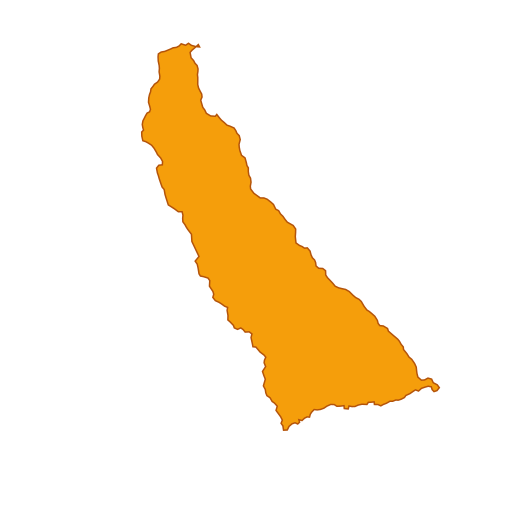 the district of Junqueirópolis, São Paulo, Brazil, rotated 141°
{"feature_id": "56859067B37779616182498", "entity_name": "Junqueirópolis", "entity_type": "district", "adm_level": 2, "iso_a3": "BRA", "parent_name": "Brazil", "parent_adm1": "São Paulo", "projection": "albers", "projection_center": [-51.444, -21.463], "detail": "fine", "context": "isolated", "style": "filled", "palette": "amber", "viewbox_px": 512, "rotation_deg": 141, "n_neighbors": 0, "source": "geoboundaries", "source_scale": "gbopen_adm2", "svg_char_len": 3954}
<svg xmlns="http://www.w3.org/2000/svg" viewBox="0 0 512 512"><g transform="rotate(141 256 256)"><path d="M170.8,456.4L173.6,460.3L174.6,463.8L178.1,464.1L180.6,468.0L183.5,467.6L186.5,468.2L189.5,470.0L192.1,470.6L194.8,471.4L198.1,472.4L201.4,474.2L204.7,474.5L206.7,472.5L209.3,469.0L211.4,464.9L213.1,462.5L215.4,460.1L217.6,456.2L219.6,454.1L223.0,453.1L226.8,453.4L229.5,452.6L232.4,452.0L234.7,449.9L237.0,448.6L239.9,446.3L242.8,443.1L244.4,439.2L245.7,436.4L248.0,435.0L250.7,435.6L253.4,434.6L256.5,433.2L258.8,432.2L261.6,429.8L263.1,427.1L264.2,424.6L266.8,424.3L269.3,421.0L271.4,416.8L269.7,414.2L268.6,411.5L267.4,407.8L267.4,403.9L268.1,399.3L268.7,396.8L268.4,392.2L269.1,388.3L271.4,385.8L274.4,387.7L278.0,386.9L280.3,382.7L281.3,379.9L282.6,376.9L284.6,371.5L285.6,368.6L285.5,365.5L287.9,361.2L289.2,358.1L292.0,350.9L289.7,344.0L288.5,339.3L285.6,336.9L287.1,333.7L289.4,331.3L291.3,328.6L291.5,325.0L292.0,322.3L292.3,319.6L292.5,313.5L296.7,307.6L300.6,291.5L306.5,290.3L306.8,286.7L308.4,283.4L311.5,278.0L311.8,275.4L309.8,273.0L307.2,269.1L307.4,266.0L311.2,261.8L311.8,255.5L312.9,252.9L315.6,251.0L315.7,246.9L313.9,243.3L312.9,240.3L312.0,236.8L310.4,233.9L312.7,231.9L315.2,227.4L318.1,224.0L317.6,221.0L317.2,216.3L318.1,213.8L316.5,210.6L313.1,209.7L312.3,206.9L312.3,203.7L309.0,201.3L308.2,198.0L311.2,195.7L314.3,189.6L315.5,187.4L313.4,185.3L313.3,181.5L313.3,178.9L312.1,174.0L312.1,171.2L315.0,169.7L316.9,167.9L318.1,164.0L320.8,163.1L323.6,162.2L325.1,158.2L326.3,154.4L332.0,150.4L332.8,146.4L334.5,143.5L335.4,140.6L334.3,137.0L335.0,132.8L334.2,130.1L334.0,125.9L337.6,123.4L338.0,115.6L338.8,111.9L341.8,110.2L342.0,107.1L344.2,103.3L341.2,101.1L337.5,102.8L333.6,102.9L330.6,101.8L329.3,99.2L326.7,99.4L325.7,101.8L323.8,99.2L320.3,99.4L317.5,98.8L315.8,97.1L313.5,98.8L311.2,99.6L307.5,100.1L305.3,97.9L302.5,96.2L299.0,95.0L295.4,94.7L291.3,93.6L288.7,91.3L287.7,88.3L285.0,86.3L281.8,84.3L283.4,81.9L280.6,79.1L278.1,80.9L276.3,78.7L273.9,76.8L270.3,75.8L266.9,74.1L263.2,70.8L260.8,71.6L258.5,69.9L256.0,68.3L257.4,66.1L254.7,63.8L253.3,61.0L250.4,60.5L247.4,59.5L243.3,58.8L241.2,57.1L238.0,56.1L236.1,54.4L233.2,53.3L229.7,52.6L227.3,53.3L223.0,52.2L218.9,51.9L216.3,51.6L214.7,48.8L210.7,49.0L207.1,47.7L204.1,46.4L202.1,44.0L203.2,41.3L203.0,38.6L200.1,37.5L196.4,38.3L196.2,41.8L198.0,46.0L197.0,49.8L199.2,52.9L203.0,53.6L205.6,55.4L206.4,60.0L204.8,63.5L203.3,65.9L201.4,68.8L200.4,72.7L200.0,77.7L200.7,81.2L200.2,85.1L200.2,90.5L198.8,92.6L198.8,96.0L198.2,99.5L198.2,102.1L198.8,105.4L199.3,107.9L199.9,111.3L200.4,114.3L199.4,116.9L201.1,121.5L203.6,124.0L203.5,126.8L202.2,129.6L201.6,134.4L202.3,138.7L202.9,141.6L203.8,144.2L203.7,148.6L203.3,151.3L202.8,154.4L203.2,157.5L204.7,161.0L205.4,164.8L205.9,169.7L207.4,173.6L209.4,176.1L211.8,179.2L213.5,182.7L213.5,186.5L213.8,190.6L214.1,194.0L213.8,197.3L211.2,200.8L212.0,204.3L215.0,207.0L215.6,210.5L213.8,213.4L213.0,216.0L213.3,219.2L212.5,222.3L210.9,225.8L211.0,230.0L213.4,231.6L214.2,234.3L215.6,236.9L216.7,241.0L213.3,246.3L210.5,249.3L208.2,252.0L207.9,256.3L209.3,259.8L210.4,262.6L210.4,266.1L210.1,269.8L210.5,273.3L209.9,277.0L211.2,280.0L210.0,285.0L210.5,288.3L211.6,293.1L213.3,296.1L216.2,298.5L218.2,306.1L218.0,311.5L216.5,313.8L213.4,316.5L211.3,319.9L210.7,323.3L208.8,326.5L206.5,329.3L206.1,332.1L204.9,334.3L202.8,339.1L203.9,343.3L202.2,348.1L200.5,351.2L198.9,353.5L195.0,356.4L193.3,360.1L193.6,363.3L192.8,366.2L192.5,369.3L194.6,373.4L196.2,375.9L196.7,379.7L197.4,383.3L197.5,386.3L197.4,390.7L199.7,390.2L203.1,393.4L204.8,398.1L203.9,401.9L203.8,405.0L202.6,407.9L200.9,411.9L197.9,413.5L196.3,416.0L195.6,419.7L194.9,422.7L193.4,425.9L191.0,428.8L188.9,431.4L187.4,433.8L185.0,436.0L183.3,437.9L181.9,441.1L182.1,444.3L181.5,447.2L181.7,450.9L179.1,455.7L176.3,456.2L173.3,456.3L170.8,456.4ZM168.3,454.0L167.8,456.6L170.8,456.4L168.3,454.0Z" fill="#f59e0b" stroke="#b45309" stroke-width="1.5"/></g></svg>